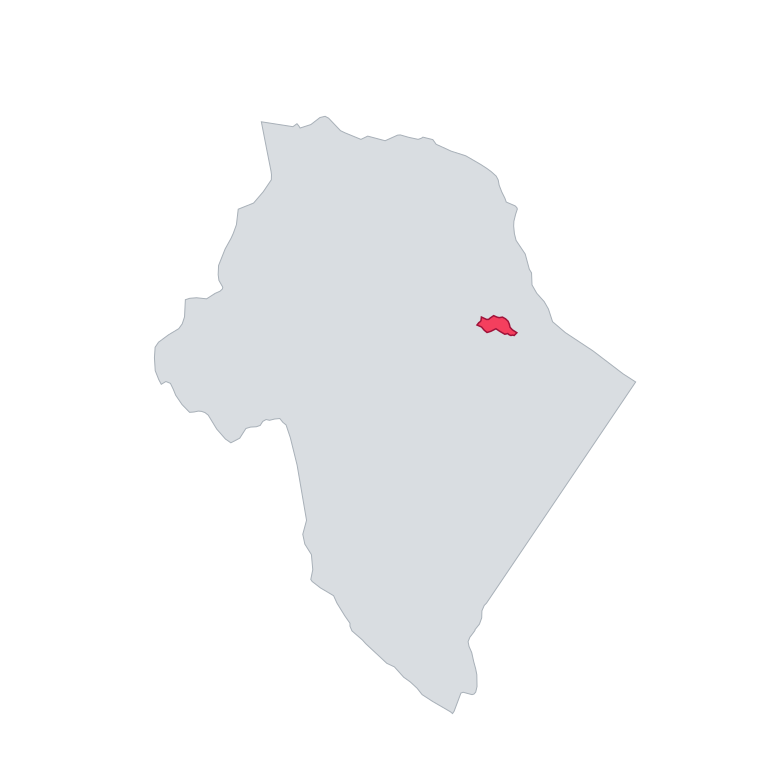 Iganga on a map of Uganda (Mercator projection), rotated 304°
{"feature_id": "UGA-3068", "entity_name": "Iganga", "entity_type": "District", "adm_level": 1, "iso_a3": "UGA", "parent_name": "Uganda", "parent_adm1": "", "projection": "mercator", "projection_center": [33.553, 0.662], "detail": "fine", "context": "in_parent", "style": "filled", "palette": "rose", "viewbox_px": 768, "rotation_deg": 304, "n_neighbors": 0, "source": "natural_earth", "source_scale": "10m", "svg_char_len": 2777}
<svg xmlns="http://www.w3.org/2000/svg" viewBox="0 0 768 768"><g transform="rotate(304 384 384)"><path d="M526.4,591.5L516.9,591.5L501.4,591.5L485.9,591.5L470.4,591.5L454.9,591.5L439.4,591.5L423.9,591.5L408.4,591.5L392.9,591.5L377.4,591.5L361.9,591.5L346.4,591.5L330.9,591.5L315.4,591.5L299.9,591.5L284.4,591.5L268.8,591.5L259.7,591.5L257.9,591.2L256.6,590.9L250.7,592.0L244.7,595.8L238.2,597.4L231.4,596.8L230.5,597.2L227.0,597.1L222.0,596.8L217.4,597.8L214.0,601.2L210.4,606.9L204.1,613.5L199.1,619.3L194.9,623.5L185.2,630.3L179.9,632.3L177.3,632.0L175.7,630.7L172.7,622.0L170.8,620.6L152.0,625.1L149.1,625.1L149.4,622.4L148.0,601.9L147.8,589.3L150.3,581.5L151.7,572.4L151.9,564.4L155.3,550.8L154.0,542.6L158.5,514.0L159.7,509.3L161.4,495.5L164.2,491.2L166.6,489.6L169.9,481.1L176.0,467.6L180.3,460.6L179.4,445.3L180.1,434.9L181.0,432.6L190.2,428.8L202.0,419.2L207.0,407.9L214.0,400.7L227.7,396.0L268.2,357.3L287.1,336.4L295.3,325.7L295.6,321.9L297.1,316.9L293.8,312.9L289.9,309.4L288.6,306.1L285.2,304.4L280.4,304.5L277.2,302.1L273.6,297.4L269.9,294.4L258.4,294.7L249.6,289.9L249.7,283.3L253.1,270.5L259.9,255.7L260.2,251.6L259.3,248.1L257.7,245.2L254.6,242.2L251.8,238.7L254.0,228.1L258.2,217.6L261.7,212.4L265.1,206.6L264.1,201.8L259.2,199.5L261.7,194.8L267.1,186.9L277.4,179.0L286.5,173.7L292.6,173.7L304.4,177.9L315.1,182.9L321.0,183.1L328.1,181.1L342.8,172.2L346.4,175.0L350.7,180.4L355.4,189.3L364.7,193.3L369.1,196.1L372.3,196.9L374.1,196.2L377.6,189.2L381.9,185.4L389.7,180.6L407.1,176.8L419.5,175.7L424.7,174.8L433.5,172.6L447.4,165.4L461.1,174.7L475.9,176.4L490.3,176.4L494.7,173.6L497.2,171.4L512.3,156.2L532.8,135.7L546.4,164.6L551.1,166.3L550.4,168.9L549.3,171.3L558.2,178.3L569.1,181.9L573.0,185.5L573.4,189.4L569.7,206.3L570.4,211.1L573.9,228.1L580.4,231.9L586.3,248.9L597.9,256.1L599.6,258.2L602.3,266.5L605.9,275.5L608.7,277.6L610.4,278.2L613.9,287.8L611.9,293.2L614.6,309.5L618.9,324.2L620.1,341.7L620.2,349.4L620.0,354.1L619.1,360.7L617.0,364.6L613.2,368.3L609.1,374.2L605.5,380.5L603.2,383.6L605.0,393.1L604.5,395.5L603.6,396.7L598.3,398.2L591.5,400.7L587.4,403.2L581.6,408.0L576.9,413.2L570.7,428.4L560.4,440.3L558.6,444.2L548.9,451.3L544.6,460.0L541.9,470.7L538.1,478.4L529.9,488.9L528.0,505.6L528.3,538.8L526.1,576.6L526.4,591.5Z" fill="#d9dde1" stroke="#a8b0b8" stroke-width="1"/><path d="M497.0,464.8L496.5,463.3L495.2,462.1L494.8,460.3L495.0,458.4L492.8,456.3L492.4,450.4L492.4,445.9L487.4,443.1L484.3,440.6L484.6,437.1L485.8,433.0L484.9,428.1L487.8,428.3L489.2,428.8L490.7,429.0L494.0,427.3L494.9,433.0L496.1,434.6L498.0,435.1L502.0,436.7L502.6,440.2L503.4,442.4L505.7,444.8L506.0,448.3L505.4,451.8L503.7,454.4L501.5,456.8L500.7,460.2L500.8,463.6L500.8,464.5L500.8,465.5L497.0,464.8Z" fill="#f43f5e" stroke="#9f1239" stroke-width="1.5"/></g></svg>